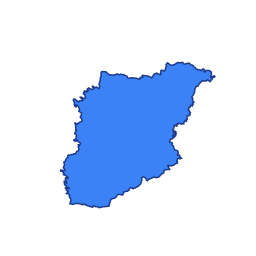 the district of Lak, Đắk Lắk, Vietnam, rotated 128°
{"feature_id": "81297802B83612510149562", "entity_name": "Lak", "entity_type": "district", "adm_level": 2, "iso_a3": "VNM", "parent_name": "Vietnam", "parent_adm1": "Đắk Lắk", "projection": "natural_earth1", "projection_center": [108.256, 12.321], "detail": "fine", "context": "isolated", "style": "filled", "palette": "blue", "viewbox_px": 256, "rotation_deg": 128, "n_neighbors": 0, "source": "geoboundaries", "source_scale": "gbopen_adm2", "svg_char_len": 5806}
<svg xmlns="http://www.w3.org/2000/svg" viewBox="0 0 256 256"><g transform="rotate(128 128 128)"><path d="M97.3,179.9L99.4,183.2L99.9,183.4L100.8,183.3L102.7,182.0L103.3,181.1L105.4,180.7L107.8,179.1L110.5,178.2L111.6,177.5L112.2,176.5L113.4,175.5L114.6,175.2L114.9,175.6L115.1,177.9L115.4,178.3L116.8,179.0L116.6,181.5L117.4,181.5L117.8,179.7L118.5,179.4L119.4,179.7L120.0,180.2L120.0,181.1L120.5,182.2L120.6,183.6L122.2,184.1L122.7,183.9L122.7,182.6L123.1,182.1L123.7,182.7L124.6,182.4L125.0,182.8L124.6,183.7L124.8,184.0L125.4,183.9L125.6,184.9L126.3,184.0L127.2,184.8L128.5,184.3L128.6,182.2L130.4,180.2L131.1,180.0L131.5,180.2L132.3,182.1L132.3,183.7L133.2,184.5L133.7,181.2L134.1,180.6L134.7,180.6L135.9,182.7L137.9,183.1L138.0,186.0L137.8,186.7L138.4,188.4L138.9,188.7L140.0,187.8L140.6,186.6L140.6,185.8L142.5,185.0L142.5,184.3L143.5,183.6L143.5,182.0L143.1,182.0L142.3,182.6L141.6,182.8L141.4,181.2L142.6,178.2L143.6,177.5L145.1,177.1L144.8,173.8L147.1,172.5L148.0,172.7L148.9,172.2L149.4,170.0L150.5,168.6L150.9,168.5L153.9,169.9L154.9,169.9L155.6,170.7L156.3,170.6L156.7,171.5L156.5,172.7L156.8,172.9L158.1,170.8L159.4,170.1L160.2,168.9L161.7,168.3L161.7,167.0L163.8,167.0L165.2,166.5L165.3,166.1L164.8,165.3L165.0,164.7L165.4,164.2L167.4,163.1L168.0,162.4L170.1,162.9L170.6,163.4L171.0,163.2L171.1,162.2L170.7,160.9L168.7,160.5L169.0,159.5L169.5,158.9L169.1,157.0L169.3,156.2L169.7,155.7L170.9,155.8L171.7,156.8L171.9,156.4L171.7,155.7L172.0,155.4L172.7,155.9L173.3,155.9L174.6,154.0L176.1,153.2L176.8,153.2L177.9,153.8L178.7,153.9L180.5,153.4L181.0,153.8L181.5,154.8L182.7,155.0L184.2,156.7L184.8,156.7L186.4,158.4L187.5,158.3L188.3,157.4L190.3,157.8L193.0,157.0L194.5,157.5L195.7,155.9L196.5,155.3L199.2,154.4L199.3,152.3L199.9,151.5L201.1,152.1L201.4,153.3L202.3,153.8L202.5,155.1L203.2,154.9L203.4,154.3L202.3,152.8L202.2,152.3L203.3,151.7L203.2,150.6L203.4,150.0L204.5,150.0L203.7,147.9L203.9,146.3L203.8,145.5L204.2,144.5L204.7,144.4L205.2,146.3L206.7,146.2L206.9,145.2L207.2,144.7L208.2,144.1L208.5,143.2L209.3,142.5L209.4,143.5L208.8,145.2L209.1,145.5L209.8,145.2L210.3,144.3L211.2,143.8L211.9,142.5L211.9,142.0L211.4,141.2L212.0,140.4L211.6,137.2L212.3,137.3L212.8,137.9L213.2,140.3L213.7,140.5L214.2,139.2L214.9,138.1L214.6,136.0L215.0,135.9L215.5,136.5L216.4,135.9L217.5,136.2L217.4,135.6L216.5,134.8L216.6,133.3L217.1,132.6L218.2,132.2L218.3,131.4L218.8,130.8L219.1,129.6L219.7,128.8L220.1,128.6L220.5,128.0L222.7,127.7L223.5,126.8L222.9,126.2L222.0,124.3L219.0,122.3L218.8,121.4L217.8,120.4L217.5,119.4L216.9,118.7L216.8,117.5L216.4,117.0L216.1,116.1L215.3,116.1L214.6,114.9L214.7,113.8L214.4,113.4L214.3,112.1L213.5,110.7L212.9,108.6L212.4,107.8L212.3,107.2L212.0,107.0L211.0,107.6L210.3,107.0L210.0,105.1L208.9,103.9L208.8,102.5L208.1,101.2L205.7,99.5L202.8,96.3L201.1,94.9L200.1,95.6L195.4,97.3L194.2,97.5L191.9,95.6L190.4,94.9L187.0,95.2L185.4,93.7L184.7,92.5L184.4,91.2L184.0,91.0L180.8,91.8L180.0,91.1L179.6,91.0L178.2,89.5L177.2,89.4L176.4,88.9L175.6,89.6L173.5,89.3L173.2,88.8L172.6,86.3L171.8,86.2L171.2,85.9L171.0,85.5L168.5,84.6L167.5,83.9L165.7,84.0L164.6,83.6L160.6,85.0L158.7,86.4L157.8,86.5L157.0,85.7L156.6,84.1L156.8,82.6L157.8,81.1L157.7,80.4L154.6,79.6L152.7,78.3L151.3,77.8L150.7,77.2L149.7,75.2L148.2,73.8L146.5,73.4L144.1,73.3L141.3,72.2L138.8,73.6L136.5,71.4L135.0,69.7L133.7,72.8L133.0,73.5L132.5,73.1L132.4,72.1L131.6,71.3L131.1,70.4L128.8,69.0L126.8,68.6L125.5,67.5L124.5,67.9L124.0,68.5L124.2,69.0L123.5,69.6L122.4,69.6L121.6,70.1L120.3,69.1L120.3,67.9L119.5,67.8L119.0,67.3L118.6,69.3L117.7,70.9L118.9,71.9L118.9,72.4L118.5,72.8L117.0,72.9L115.5,74.5L115.8,76.1L116.3,77.3L116.3,78.1L115.8,79.3L114.2,81.2L114.2,83.1L113.9,83.6L112.8,83.6L112.5,84.0L112.8,85.3L113.3,85.9L113.4,86.4L113.0,86.9L110.6,87.8L109.7,86.8L108.5,86.2L107.9,86.3L107.5,86.1L107.0,87.6L106.5,88.1L106.4,87.8L106.8,87.3L106.9,86.7L106.2,86.0L104.6,85.6L104.3,85.9L104.3,86.6L105.4,88.0L104.5,88.0L103.3,86.7L102.5,86.6L102.3,87.6L103.0,87.9L103.4,90.1L103.2,90.3L102.8,90.0L102.1,88.1L101.5,88.0L101.5,88.5L101.9,88.9L101.8,90.0L102.2,90.9L102.1,91.3L101.1,91.8L99.9,91.7L99.3,92.0L97.6,93.2L97.1,92.8L96.5,90.7L95.9,90.8L95.5,92.0L95.3,92.1L94.5,91.7L94.0,90.9L93.0,91.2L92.8,91.1L92.2,88.3L91.3,88.0L90.5,86.7L90.2,86.6L89.5,87.3L88.9,87.5L88.1,87.5L87.4,87.1L87.1,86.3L86.7,86.2L86.5,86.3L86.3,87.3L85.6,86.7L85.0,86.6L84.4,86.9L82.3,89.0L80.8,87.5L79.6,88.0L79.3,87.3L78.6,88.1L77.4,88.3L77.4,89.1L77.0,89.6L77.0,90.0L76.6,90.7L76.8,91.4L76.4,91.9L75.4,92.0L74.2,92.7L73.1,91.9L71.6,92.8L71.0,90.9L69.9,91.7L69.3,91.2L69.0,91.4L68.9,92.3L67.0,92.0L66.6,94.2L64.8,95.1L64.5,96.8L60.8,97.0L60.1,97.4L59.2,97.4L56.6,99.0L53.8,99.8L52.9,99.6L52.1,98.8L49.0,99.1L44.6,98.4L44.3,97.0L43.3,96.2L42.9,95.3L42.6,95.1L41.4,95.2L41.0,94.9L41.0,91.9L38.0,91.8L35.8,92.1L35.4,91.9L34.6,91.2L34.1,91.1L33.8,92.0L34.0,92.4L35.3,93.1L36.9,93.1L37.2,93.5L37.1,94.0L36.7,94.5L34.2,95.4L33.3,96.0L32.5,97.3L32.6,98.9L33.3,100.4L34.4,101.7L36.7,102.1L36.9,102.3L36.7,102.8L35.3,103.3L35.0,104.8L35.5,105.5L37.7,105.5L37.8,107.1L39.0,108.3L38.9,109.3L39.7,111.1L39.1,112.3L39.1,114.4L38.6,115.4L39.5,117.2L39.3,119.6L39.9,120.5L42.9,122.8L43.1,123.3L42.7,125.6L44.6,127.0L45.7,129.1L49.4,130.5L51.6,132.0L52.3,133.7L52.2,136.7L52.5,137.1L54.5,137.1L54.9,136.4L56.9,135.4L60.3,134.3L60.7,134.5L61.3,135.6L61.8,137.3L62.4,137.4L64.7,136.1L65.7,135.0L66.4,135.9L67.3,139.5L68.3,139.7L69.4,140.5L73.9,140.2L74.3,143.0L75.5,145.6L76.3,146.6L77.4,148.9L78.4,148.9L78.7,147.7L79.0,147.6L79.5,147.9L80.5,149.5L81.8,149.2L82.3,148.8L82.6,148.9L83.4,151.5L85.1,154.5L86.0,155.5L86.5,156.6L87.6,157.0L88.4,158.0L88.6,159.1L87.8,161.1L88.6,163.1L88.6,164.1L90.1,166.8L91.4,167.6L92.0,169.9L93.5,170.6L95.2,171.9L96.9,174.5L97.7,176.5L97.3,179.9Z" fill="#3b82f6" stroke="#1e3a8a" stroke-width="1.5"/></g></svg>